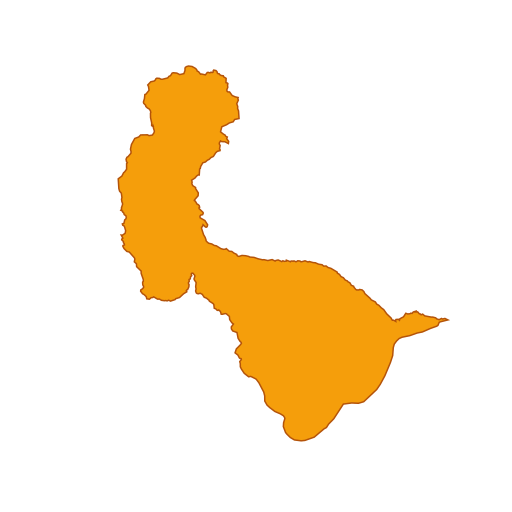 Brasil Novo, Pará, Brazil, rotated 128°
{"feature_id": "56859067B45799313121530", "entity_name": "Brasil Novo", "entity_type": "district", "adm_level": 2, "iso_a3": "BRA", "parent_name": "Brazil", "parent_adm1": "Pará", "projection": "natural_earth1", "projection_center": [-52.726, -3.304], "detail": "fine", "context": "isolated", "style": "filled", "palette": "amber", "viewbox_px": 512, "rotation_deg": 128, "n_neighbors": 0, "source": "geoboundaries", "source_scale": "gbopen_adm2", "svg_char_len": 6123}
<svg xmlns="http://www.w3.org/2000/svg" viewBox="0 0 512 512"><g transform="rotate(128 256 256)"><path d="M355.7,187.4L354.1,186.0L353.1,181.2L353.0,179.9L354.1,175.7L358.4,166.2L360.9,163.0L364.9,159.8L366.7,155.5L367.0,151.8L366.9,145.4L365.4,139.7L365.0,136.0L365.6,134.2L366.3,133.2L370.4,131.6L373.6,129.4L376.9,124.0L377.4,121.7L377.9,117.2L377.3,112.5L373.8,106.6L371.2,103.9L362.9,98.6L350.4,96.0L347.8,94.9L343.7,95.3L336.4,94.5L318.9,96.0L312.9,90.1L309.0,84.6L304.5,81.4L286.9,78.7L280.6,79.1L271.1,80.7L257.2,84.5L250.3,87.0L243.7,91.4L240.3,92.8L236.3,92.9L232.9,92.4L230.1,90.9L224.1,85.8L217.5,81.6L213.4,78.1L205.6,73.9L200.1,70.4L198.7,69.9L195.5,70.8L194.5,70.3L188.2,65.4L188.9,68.7L190.8,70.2L191.0,71.4L193.4,72.5L194.3,74.9L194.1,76.3L195.3,79.1L196.2,80.2L199.3,86.2L199.2,88.9L200.7,89.7L200.5,90.8L201.0,91.7L200.5,94.2L201.9,95.9L201.1,96.1L203.3,97.6L205.2,97.7L205.7,98.8L206.7,99.1L208.3,100.8L208.9,102.7L213.1,102.3L216.9,104.0L218.3,103.4L218.2,104.8L219.8,106.6L220.7,106.5L221.5,105.6L221.9,108.1L222.7,109.0L221.7,111.4L221.1,117.4L219.6,122.4L219.7,125.5L219.2,128.8L219.6,131.3L218.7,133.6L219.6,138.2L219.1,140.0L218.6,147.1L217.6,149.1L217.4,151.5L218.6,153.8L219.4,154.0L220.8,155.9L220.9,156.9L220.3,159.5L219.7,160.5L220.4,162.8L219.3,165.6L219.7,167.7L219.4,168.7L220.0,170.8L219.3,173.8L219.9,176.3L219.1,178.9L219.4,181.3L218.7,182.2L219.6,189.4L220.7,192.1L220.7,194.6L222.3,196.4L222.2,198.6L223.9,201.6L224.8,205.1L226.0,206.9L227.6,210.7L228.7,211.3L229.6,214.4L232.3,216.4L232.9,217.1L232.9,218.3L234.1,220.2L235.4,220.6L236.0,221.1L236.5,223.1L237.4,223.5L237.7,224.5L238.5,225.3L239.3,225.3L240.6,229.5L241.4,229.0L242.9,230.5L243.2,231.9L244.5,232.2L245.5,236.1L247.3,237.6L248.2,237.8L248.9,241.1L252.3,243.9L254.0,247.5L254.9,248.4L256.9,252.6L258.3,256.7L260.7,260.3L260.8,261.4L262.2,264.4L264.2,267.4L266.7,269.1L267.2,269.9L267.3,271.2L266.6,272.1L267.3,275.2L267.3,277.9L268.7,280.0L268.5,284.0L269.5,284.3L270.8,285.8L271.8,288.2L272.4,293.6L273.4,295.4L273.7,298.2L275.1,301.2L275.0,303.5L274.7,304.8L274.0,305.4L272.6,307.6L271.5,310.4L267.7,316.0L266.8,316.6L265.9,316.3L263.9,317.0L264.3,313.6L263.7,312.7L262.9,312.6L261.2,313.3L259.5,318.1L260.3,323.5L259.2,324.7L257.7,324.7L256.3,323.5L254.6,324.0L254.2,324.8L253.7,329.9L253.1,330.6L252.3,330.4L251.2,331.9L251.1,333.5L251.4,334.4L250.1,337.7L250.3,338.7L249.5,339.0L244.2,338.7L241.8,340.3L240.1,345.1L239.2,345.8L239.5,348.7L239.2,349.9L238.1,351.5L237.2,351.7L235.9,353.4L232.2,352.1L229.4,352.0L227.6,351.4L227.1,350.6L222.1,354.0L221.3,353.8L219.6,354.7L215.3,355.3L213.0,353.7L210.5,353.3L208.7,352.4L206.2,352.1L203.8,350.9L199.4,351.3L197.3,350.9L195.1,349.2L194.3,349.8L194.2,350.6L191.0,352.3L190.3,353.9L189.5,354.5L187.2,354.8L187.0,353.5L185.1,350.8L184.4,347.0L182.5,348.1L181.6,351.3L179.9,351.9L180.3,353.4L179.7,355.1L180.0,356.2L180.0,360.4L175.2,362.5L170.7,360.0L167.5,358.9L164.3,356.6L161.6,356.9L158.1,354.0L152.4,359.1L151.2,361.2L149.4,362.5L147.9,364.9L144.0,365.9L143.3,367.1L142.1,367.6L143.4,370.4L144.2,373.6L143.0,377.8L144.0,379.2L144.0,380.2L143.1,381.3L140.4,382.1L138.7,383.8L137.6,384.1L137.3,384.9L137.9,386.4L134.4,388.9L134.7,391.9L134.1,392.7L135.2,394.6L135.4,396.1L135.1,397.3L135.7,398.2L135.6,399.1L134.7,400.3L134.5,401.7L135.5,403.8L136.3,403.8L137.5,403.0L138.5,403.5L138.8,404.6L140.1,405.1L140.7,406.7L141.4,407.4L144.4,407.4L146.2,411.1L146.9,411.6L146.1,414.8L146.5,416.1L145.9,417.0L145.4,418.9L146.0,423.0L147.8,426.1L149.4,427.3L150.8,427.8L151.7,427.6L153.5,426.2L156.7,425.1L160.0,427.8L160.6,431.0L162.5,434.0L163.5,434.7L166.6,434.4L168.0,435.2L170.0,435.2L174.4,438.6L175.3,439.9L175.4,441.3L176.9,443.6L177.9,444.0L179.9,443.7L181.0,444.1L183.5,446.2L187.9,446.6L188.6,445.1L191.3,442.3L196.3,442.4L197.2,443.0L200.7,440.8L204.0,439.5L204.8,438.5L205.2,435.8L206.0,434.8L206.2,432.7L205.9,430.6L206.5,428.7L207.6,427.3L208.4,427.1L211.9,424.3L215.4,420.1L217.5,418.5L217.4,417.3L216.6,417.5L217.2,416.5L218.1,415.9L220.1,413.0L221.5,412.3L224.5,412.1L227.0,414.4L227.3,416.1L231.6,421.4L234.4,421.7L238.0,423.9L244.8,422.8L249.1,420.7L250.8,418.6L252.1,417.8L256.5,418.0L257.7,418.5L259.7,418.0L261.3,416.2L261.7,414.8L262.8,414.9L267.3,411.4L270.6,411.3L271.9,411.6L275.6,410.9L280.0,412.1L287.4,405.5L288.9,403.4L289.4,400.8L292.4,397.7L294.1,396.9L295.9,395.0L296.4,393.9L297.5,392.9L301.1,391.6L301.8,390.7L303.2,390.7L302.8,388.7L303.4,388.2L303.6,386.5L304.5,385.4L304.4,383.3L305.3,382.1L306.7,381.4L308.4,381.7L311.5,380.2L313.0,381.1L313.8,380.0L313.5,378.8L314.0,377.5L316.3,374.3L318.7,373.1L321.9,374.1L322.5,375.1L323.9,371.9L325.4,372.2L326.0,371.5L326.2,369.4L327.1,368.7L327.5,367.3L328.3,366.5L329.6,367.3L330.3,366.9L331.4,364.5L331.9,360.6L330.9,358.3L332.3,350.7L333.0,349.6L335.5,348.3L335.7,345.5L337.9,343.5L338.6,337.2L340.4,335.8L343.8,330.5L345.3,329.2L346.3,329.3L347.1,328.7L348.5,327.4L349.0,326.1L349.8,325.3L351.5,325.2L353.7,325.9L354.8,325.2L355.6,322.2L355.3,320.3L355.6,317.5L357.0,315.7L355.7,313.4L353.4,313.0L352.3,311.8L351.2,311.5L350.6,307.0L349.4,305.6L349.1,303.2L347.6,300.6L346.6,299.6L346.1,298.4L344.6,297.6L344.2,295.6L340.1,292.9L339.1,293.0L335.8,290.7L330.3,289.8L326.8,288.5L326.2,289.6L325.4,289.7L324.6,289.2L321.7,289.9L319.8,291.1L319.5,292.0L318.5,292.9L317.1,293.0L315.7,294.3L314.5,293.7L312.6,294.8L311.1,294.5L310.0,296.0L309.1,296.0L308.4,295.2L308.9,292.5L309.6,291.7L312.1,290.8L312.7,290.1L313.8,286.8L317.4,284.6L318.9,282.9L320.7,282.1L321.8,280.5L321.9,279.6L321.4,278.3L319.7,277.0L319.3,274.7L320.4,271.4L319.7,269.0L319.8,265.7L320.3,264.9L319.9,260.6L320.2,259.4L322.9,256.7L322.4,255.2L322.7,253.3L322.3,252.4L321.6,252.3L321.4,251.3L321.9,249.5L323.3,247.6L322.7,246.7L320.3,244.8L319.8,243.8L320.0,239.8L322.3,237.6L323.5,233.9L323.5,231.9L327.1,231.8L328.6,230.5L329.4,228.2L328.0,223.9L331.9,219.4L333.1,216.0L333.2,214.6L333.7,213.8L335.3,213.6L341.3,214.3L345.2,212.9L345.2,209.3L346.5,206.5L346.6,205.7L346.0,204.5L346.6,203.8L349.2,203.8L350.5,202.1L353.0,200.1L354.1,197.9L355.7,193.0L355.7,187.4Z" fill="#f59e0b" stroke="#b45309" stroke-width="1.5"/></g></svg>